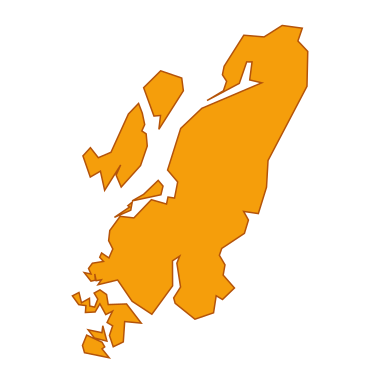 Kvinnherad nor, Hordaland, Norway, rotated 354°
{"feature_id": "86288312B18833292732183", "entity_name": "Kvinnherad nor", "entity_type": "district", "adm_level": 2, "iso_a3": "NOR", "parent_name": "Norway", "parent_adm1": "Hordaland", "projection": "orthographic", "projection_center": [5.871, 59.959], "detail": "medium", "context": "isolated", "style": "filled", "palette": "amber", "viewbox_px": 384, "rotation_deg": 354, "n_neighbors": 0, "source": "geoboundaries", "source_scale": "gbopen_adm2", "svg_char_len": 1903}
<svg xmlns="http://www.w3.org/2000/svg" viewBox="0 0 384 384"><g transform="rotate(354 192 192)"><path d="M318.8,40.6L299.1,35.8L279.9,45.3L259.9,41.5L237.1,70.3L234.5,78.6L238.0,85.5L233.8,94.6L216.5,102.6L250.4,88.9L260.0,68.3L265.3,68.9L261.1,86.6L272.8,90.7L210.5,109.8L187.4,127.6L170.0,167.6L178.8,180.5L174.0,196.2L167.6,194.5L165.4,201.3L150.8,195.4L131.5,211.7L118.0,208.7L106.2,221.7L104.0,231.7L107.3,240.4L102.5,248.9L95.7,243.2L93.4,247.3L96.7,251.8L85.5,252.4L81.1,257.2L83.0,263.0L76.4,260.9L82.2,270.1L86.7,269.6L86.7,263.3L87.4,270.2L92.7,269.8L88.8,274.4L108.8,271.7L121.0,294.4L139.3,309.4L162.9,283.3L165.4,258.4L173.1,254.4L169.5,261.2L170.7,285.3L162.7,295.4L163.6,300.9L181.6,318.8L200.8,314.4L205.2,297.7L211.1,302.1L224.2,291.9L214.3,277.9L217.2,267.9L212.6,257.8L215.7,251.2L239.8,238.6L245.2,225.8L241.3,216.7L255.7,220.4L266.6,195.0L270.9,168.6L317.4,98.9L321.8,64.3L313.1,52.9L318.8,40.6ZM136.9,107.8L115.6,144.0L102.4,148.1L95.6,137.3L87.3,144.7L92.4,166.5L103.1,161.7L105.3,181.2L123.9,157.6L118.3,167.3L122.1,179.7L143.6,160.3L152.3,141.6L152.5,129.4L148.5,126.0L152.0,120.0L150.8,108.4L148.1,98.3L136.9,107.8ZM173.5,68.2L154.8,83.2L162.1,112.5L168.7,112.6L165.6,126.2L194.0,90.4L193.7,77.6L173.5,68.2ZM69.1,280.1L62.2,282.8L67.6,292.2L74.6,293.9L73.4,300.7L83.1,301.2L88.7,293.6L93.4,304.9L100.5,302.2L93.9,312.9L99.1,316.8L94.9,326.0L97.5,337.7L108.0,333.9L111.5,313.8L127.8,317.1L115.2,296.5L96.9,295.2L96.3,285.0L90.2,279.7L84.1,282.3L87.1,288.7L83.1,296.3L78.4,294.7L78.9,287.0L70.5,290.6L69.1,280.1ZM72.3,323.3L67.0,333.2L68.3,340.6L92.3,348.2L86.1,338.6L89.0,336.9L86.8,332.0L72.3,323.3ZM159.6,176.9L143.6,189.3L131.5,194.6L160.8,191.5L163.8,183.1L159.6,176.9ZM87.7,322.5L74.3,318.2L79.7,327.0L91.8,331.4L89.3,315.7L87.7,322.5ZM131.5,195.8L126.8,198.9L128.4,200.4L112.2,209.1L129.2,203.7L131.5,195.8Z" fill="#f59e0b" stroke="#b45309" stroke-width="1.5"/></g></svg>